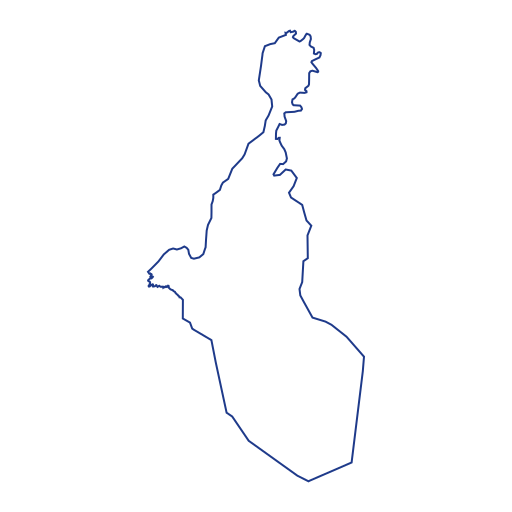 Obubra, Cross River, Nigeria
{"feature_id": "59680162B46550202368720", "entity_name": "Obubra", "entity_type": "district", "adm_level": 2, "iso_a3": "NGA", "parent_name": "Nigeria", "parent_adm1": "Cross River", "projection": "robinson", "projection_center": [8.346, 6.001], "detail": "fine", "context": "isolated", "style": "outline", "palette": "blue", "viewbox_px": 512, "rotation_deg": 0, "n_neighbors": 0, "source": "geoboundaries", "source_scale": "gbopen_adm2", "svg_char_len": 3733}
<svg xmlns="http://www.w3.org/2000/svg" viewBox="0 0 512 512"><path d="M263.4,132.2L259.3,135.6L256.7,137.6L255.4,138.5L252.8,140.5L248.5,143.7L244.6,154.4L244.0,155.4L242.2,158.3L240.2,160.4L235.0,165.9L232.3,168.7L228.2,178.9L222.9,182.6L221.3,185.5L220.6,187.7L219.9,189.9L217.1,192.0L215.3,193.3L213.3,194.6L213.3,197.9L212.7,201.2L211.5,204.5L211.5,207.8L211.5,212.1L211.5,212.4L211.4,218.0L208.0,224.9L206.7,230.5L206.0,240.2L205.6,247.3L204.9,249.2L203.3,254.1L199.3,257.4L193.9,258.7L191.2,257.9L189.0,253.8L188.3,249.8L186.6,247.8L184.3,246.5L181.0,248.3L176.9,249.5L174.7,248.9L173.1,248.5L169.1,249.8L163.8,254.4L161.0,258.1L158.4,261.5L151.2,268.8L148.0,271.8L149.4,273.8L150.3,273.5L150.6,273.9L151.4,274.1L151.6,274.6L151.3,274.9L150.9,275.8L150.3,276.7L150.4,277.0L152.6,276.5L152.9,276.8L152.4,277.5L151.4,278.4L150.0,278.5L149.3,279.1L148.1,280.3L148.1,280.7L148.7,281.3L149.5,281.6L149.8,281.7L150.1,282.6L150.1,283.6L149.5,284.2L149.3,285.0L148.6,286.0L149.0,286.6L149.5,286.5L149.6,286.0L150.5,285.9L150.7,285.7L151.2,285.1L152.3,284.5L152.6,284.3L152.9,284.4L153.1,284.9L152.9,286.2L153.0,286.5L153.5,286.5L154.7,286.3L155.4,285.9L156.1,285.1L156.4,285.1L156.6,285.4L157.0,286.2L157.5,286.9L158.5,286.3L159.0,285.9L159.3,285.8L159.7,286.3L160.3,286.5L160.7,286.8L161.1,286.9L161.6,286.7L162.7,286.7L163.1,287.4L163.2,287.7L163.4,287.5L163.5,287.1L163.8,286.9L164.1,287.1L164.4,287.3L164.9,286.9L165.2,287.0L165.6,286.4L166.0,286.3L166.2,286.5L166.2,286.9L166.7,287.0L166.8,286.6L166.9,286.4L167.5,286.5L167.8,286.4L168.2,286.4L168.1,286.1L167.9,285.9L168.0,285.7L168.5,285.8L168.7,286.1L168.7,286.5L168.7,287.1L168.9,287.8L170.3,289.2L171.5,289.8L172.7,290.1L173.5,291.1L174.9,291.8L175.4,292.8L176.0,293.3L176.4,293.9L177.0,294.4L177.6,294.7L177.9,295.4L178.8,296.0L179.1,296.5L179.3,296.6L179.5,297.3L180.1,297.3L180.6,297.4L182.9,299.8L182.8,318.5L190.0,322.6L192.2,328.6L194.1,329.9L211.4,340.1L215.8,362.6L226.6,412.7L232.2,416.5L248.7,440.8L297.4,475.7L308.5,481.3L309.4,480.8L351.6,462.5L362.8,371.3L364.0,356.7L346.6,336.8L331.5,324.8L325.5,321.6L312.5,317.6L303.7,301.7L300.3,295.4L299.5,289.0L302.2,282.1L303.4,261.2L307.8,258.2L307.5,235.4L311.3,225.7L306.5,220.5L304.2,212.4L302.2,204.9L291.0,197.5L289.0,192.7L293.6,186.2L296.8,178.0L291.3,170.6L285.7,169.5L279.9,174.9L274.2,175.6L273.5,174.3L277.4,167.8L280.1,163.9L283.1,164.1L286.1,161.4L286.9,158.4L285.7,152.5L284.3,149.2L281.7,145.7L280.2,142.5L279.4,140.5L279.7,137.8L278.8,137.8L277.4,139.0L275.9,138.9L276.0,133.5L276.3,130.6L278.2,126.9L279.6,124.0L282.1,124.9L284.5,124.6L285.8,123.4L286.2,121.1L284.6,116.7L284.3,113.4L285.7,112.3L294.5,111.8L298.3,110.8L300.9,110.6L302.0,109.0L301.4,107.2L300.1,105.6L293.5,105.2L292.6,104.2L292.0,102.3L292.5,99.4L294.3,98.4L295.3,97.3L297.7,93.7L299.9,92.6L304.5,92.9L306.5,92.3L306.5,91.2L305.0,89.9L305.3,88.2L308.4,85.8L309.0,84.3L309.1,80.6L309.2,73.1L310.4,71.3L312.4,70.7L317.6,72.2L318.2,71.7L318.2,71.1L316.1,68.0L312.4,63.6L311.4,62.2L311.9,61.1L315.3,59.4L319.4,57.5L320.5,55.2L320.8,53.1L319.6,52.2L318.3,52.4L317.6,52.8L316.9,53.9L315.5,54.2L313.9,53.5L314.2,49.9L313.6,47.8L310.9,46.5L309.5,44.9L309.8,42.3L310.9,39.0L310.6,36.3L309.6,34.8L306.8,33.7L306.3,34.1L305.1,36.1L304.2,37.9L303.3,38.9L300.5,41.1L299.5,41.5L293.6,38.1L292.9,37.1L293.4,36.0L296.0,33.6L295.8,31.8L294.9,30.9L294.4,30.8L293.5,31.6L290.7,32.2L290.3,31.4L290.0,30.7L289.0,31.0L286.4,33.0L285.5,32.8L285.9,34.9L278.8,37.6L274.8,43.2L270.3,44.1L264.9,46.2L262.6,53.2L262.4,55.3L262.0,58.2L261.0,66.0L258.8,80.4L260.2,85.9L265.4,91.8L265.7,92.2L268.4,94.3L268.6,94.5L271.5,99.5L272.2,106.5L268.7,115.2L268.4,115.8L265.7,120.4L264.8,126.1L264.7,126.5L263.4,132.2Z" fill="none" stroke="#1e3a8a" stroke-width="2"/></svg>